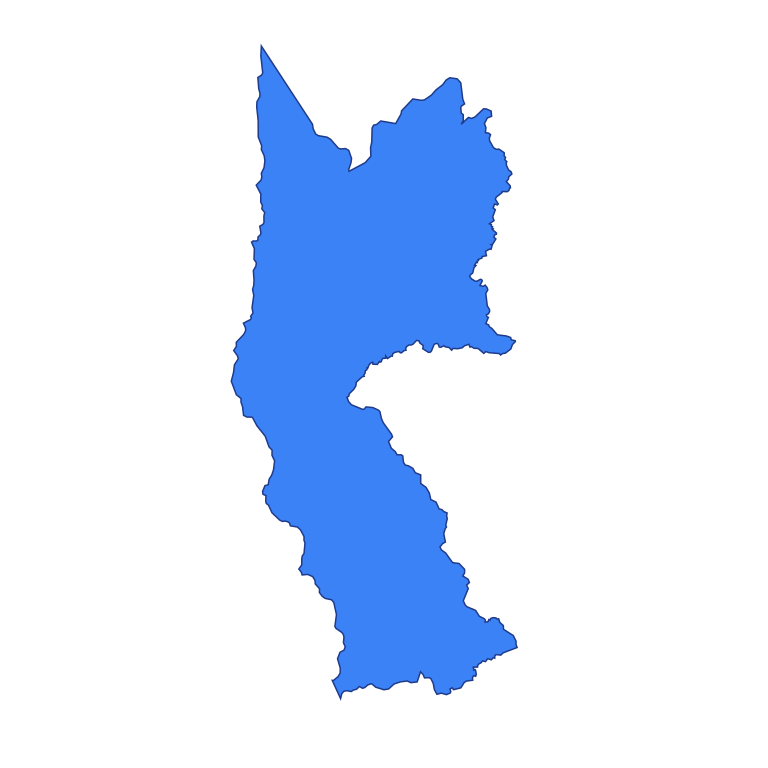 the district of Belmira, Antioquia, Colombia, rotated 8°
{"feature_id": "7082276B19513801384430", "entity_name": "Belmira", "entity_type": "district", "adm_level": 2, "iso_a3": "COL", "parent_name": "Colombia", "parent_adm1": "Antioquia", "projection": "albers", "projection_center": [-75.634, 6.646], "detail": "fine", "context": "isolated", "style": "filled", "palette": "blue", "viewbox_px": 768, "rotation_deg": 8, "n_neighbors": 0, "source": "geoboundaries", "source_scale": "gbopen_adm2", "svg_char_len": 6147}
<svg xmlns="http://www.w3.org/2000/svg" viewBox="0 0 768 768"><g transform="rotate(8 384 384)"><path d="M374.0,684.7L384.8,701.6L385.3,696.6L386.9,694.0L389.8,692.9L394.4,693.1L396.3,691.3L399.3,690.1L401.7,687.0L405.1,688.3L407.3,687.2L409.9,684.2L413.4,682.5L418.0,685.4L426.5,686.8L431.1,685.3L435.7,679.7L441.7,676.7L448.3,674.9L452.3,676.0L458.3,674.4L460.2,663.9L463.2,666.3L465.0,669.4L469.5,668.5L471.5,669.3L474.4,673.6L476.4,679.6L479.6,683.9L483.7,682.2L489.2,682.9L492.7,680.7L492.9,679.3L491.8,676.8L492.4,676.3L494.0,675.3L495.2,677.0L496.0,676.8L502.4,674.2L504.9,668.6L506.9,666.7L513.1,665.0L512.5,662.5L513.1,660.9L513.5,660.3L515.4,660.7L515.8,658.7L514.5,654.6L513.9,654.1L512.9,654.9L511.8,652.0L516.0,651.3L516.2,648.6L519.1,646.4L520.0,644.5L523.1,644.8L525.0,641.6L528.7,642.2L530.3,639.7L531.8,640.1L531.6,637.5L532.8,636.4L537.4,636.2L539.3,633.7L552.5,626.4L551.1,623.9L550.5,620.2L547.0,615.1L536.5,610.3L535.8,606.6L531.9,604.0L530.2,600.5L528.9,601.1L527.4,600.1L524.5,600.2L522.3,601.3L521.8,603.1L520.7,602.6L519.9,605.1L517.2,605.7L517.2,603.6L516.0,602.5L510.7,600.7L506.2,595.4L497.3,593.1L495.2,591.6L492.7,587.6L495.9,574.9L493.8,571.7L496.2,568.7L494.5,565.7L488.8,563.1L490.1,559.9L489.6,556.3L483.3,551.3L477.4,551.4L476.1,550.7L468.6,542.8L463.9,540.3L462.1,537.5L464.4,533.7L466.8,532.0L464.0,523.9L464.8,518.7L465.8,516.8L464.8,515.3L465.4,508.5L464.4,506.0L464.4,502.9L461.0,502.0L458.8,500.3L456.0,500.1L452.0,493.7L446.4,491.9L444.1,485.7L440.0,480.5L434.2,477.4L433.0,468.9L427.3,467.5L424.3,463.5L419.5,461.6L416.3,461.3L414.2,458.9L412.6,452.6L410.9,451.7L406.8,452.3L404.6,449.4L400.2,446.6L396.5,440.3L399.8,435.1L398.4,432.6L388.6,422.4L386.2,418.4L383.8,411.9L382.1,410.6L376.2,408.9L369.4,409.2L367.7,411.8L366.5,412.1L354.6,409.1L351.4,406.3L349.2,402.3L350.8,401.0L351.0,398.4L354.8,393.5L356.4,389.8L356.4,386.0L361.4,379.9L363.3,379.1L362.7,378.4L363.8,375.6L363.6,373.5L365.1,372.2L365.0,370.3L365.7,370.5L366.6,367.0L368.5,364.6L369.8,364.0L370.2,365.9L374.8,365.5L376.3,362.3L377.1,362.9L378.1,362.4L378.9,359.0L382.1,358.2L381.8,356.0L383.9,358.3L387.3,355.3L388.4,355.2L388.4,352.8L390.4,351.1L394.3,349.7L395.8,350.8L397.1,350.6L399.0,348.3L401.1,347.5L400.5,345.4L401.4,343.6L403.4,341.8L405.6,341.6L407.4,340.3L410.2,336.3L412.8,336.4L413.5,338.2L417.5,340.5L417.5,343.7L423.7,346.5L425.5,346.0L426.4,344.7L428.2,337.6L430.7,336.4L432.1,337.0L433.6,339.7L435.2,339.7L438.1,337.7L439.4,338.7L443.3,338.8L446.3,341.1L447.3,339.2L452.2,338.8L456.5,337.2L458.4,334.9L462.5,332.9L464.0,335.5L465.1,334.8L468.3,336.1L472.2,335.7L478.6,339.8L480.3,337.7L483.8,338.4L493.9,337.8L495.4,339.1L497.2,337.3L499.9,336.6L504.7,331.7L505.7,327.1L508.2,323.7L507.9,322.8L504.0,322.6L502.9,320.3L498.3,319.4L489.4,319.5L483.1,314.0L480.3,312.6L479.4,310.9L476.4,310.0L478.1,303.5L476.4,302.9L475.8,301.2L477.7,299.9L478.5,297.5L478.1,295.6L475.4,292.2L472.2,280.1L473.7,276.3L472.6,274.1L470.4,272.0L468.8,273.5L465.3,273.1L467.0,268.3L466.2,267.1L464.9,266.9L461.5,269.4L459.9,269.4L455.9,267.7L453.9,265.6L454.2,264.1L456.4,261.7L456.9,256.4L458.5,253.9L457.1,253.8L458.5,250.8L459.5,250.7L459.0,249.7L460.4,248.5L459.9,247.6L463.4,245.7L463.4,244.2L467.6,242.7L466.1,238.5L469.9,235.6L471.3,235.7L471.8,231.7L471.0,231.2L471.8,231.2L474.6,224.8L472.3,223.3L472.9,220.8L474.4,220.1L474.4,218.9L469.7,215.8L470.5,215.1L469.2,214.5L469.7,213.3L468.2,212.6L468.2,211.3L466.1,210.7L470.2,206.9L468.4,203.4L470.0,195.9L467.6,194.5L468.4,190.4L471.3,190.9L472.1,189.8L468.6,185.6L469.1,183.4L474.3,178.0L474.3,176.9L479.3,176.4L480.8,174.9L481.1,172.4L481.9,172.2L481.4,170.2L477.0,166.6L478.7,163.9L478.7,161.5L481.4,158.2L480.4,156.2L477.5,154.6L475.0,150.7L474.2,148.2L474.7,146.8L472.4,145.0L472.8,142.7L471.3,141.5L470.8,138.2L465.1,135.4L462.4,136.0L459.5,134.7L454.7,128.4L454.1,125.9L454.8,122.2L452.7,121.0L449.5,121.0L449.2,115.8L447.2,112.1L449.3,106.2L453.3,103.9L452.1,98.8L447.2,97.4L444.3,97.6L437.0,106.8L433.9,108.8L430.5,108.3L424.3,116.1L425.9,112.2L425.0,106.3L422.7,104.8L421.6,99.5L421.8,98.2L424.8,95.4L422.4,91.1L418.1,75.1L414.0,71.6L406.5,71.6L403.3,74.3L400.5,79.4L394.4,85.7L390.7,91.4L384.4,97.1L381.2,97.9L372.9,97.7L363.4,111.0L363.3,114.3L359.3,124.5L344.2,124.0L340.5,128.1L337.7,129.1L336.6,132.1L338.2,146.1L337.8,151.9L339.3,160.3L334.6,167.4L319.8,178.2L319.2,176.4L320.5,169.7L320.5,165.2L316.6,157.6L313.2,156.2L308.8,157.2L306.0,156.9L297.2,149.2L293.3,147.5L284.3,147.2L281.5,145.9L278.4,141.2L277.0,136.7L215.5,66.4L216.4,76.3L220.6,92.8L219.9,95.0L216.4,98.0L218.8,108.8L220.8,113.7L221.0,116.7L218.9,122.2L219.4,127.4L222.7,140.5L225.1,156.9L229.7,165.1L229.9,168.8L233.6,174.7L235.0,179.6L235.1,186.4L233.2,192.6L234.2,195.8L233.9,199.1L229.8,204.9L235.6,213.1L236.6,221.0L238.8,224.3L238.6,227.5L242.0,230.8L241.7,234.4L242.7,240.9L241.8,242.9L239.0,245.0L241.1,251.6L240.8,253.5L238.8,255.9L239.0,259.2L238.0,260.1L234.4,260.6L233.1,262.0L236.8,268.0L237.9,278.6L240.7,281.7L240.7,285.2L238.8,289.9L240.8,299.1L241.3,304.3L240.7,308.7L242.7,314.3L242.7,326.8L244.4,331.9L242.5,335.5L243.4,337.1L242.9,338.7L236.3,343.3L239.0,347.6L239.6,350.3L238.2,354.4L231.9,363.3L232.6,367.3L230.5,371.8L235.0,376.5L236.2,379.3L233.2,385.8L233.4,393.5L232.4,402.5L239.3,415.2L244.4,418.2L244.9,421.8L247.1,426.2L249.3,434.6L252.8,435.8L257.9,435.2L258.9,436.1L264.1,443.2L273.6,452.2L278.9,462.3L282.4,465.1L283.0,470.2L286.4,475.4L286.5,484.6L285.5,489.8L283.5,494.3L283.3,500.0L280.3,501.1L278.7,507.3L279.6,510.1L282.6,510.9L283.3,517.0L284.1,518.7L286.4,520.0L291.0,527.1L299.5,533.2L302.4,534.2L305.3,533.5L308.0,533.9L309.9,534.9L311.0,537.5L318.2,537.7L321.6,540.1L326.0,546.1L326.5,549.8L327.9,552.6L328.4,563.0L327.0,565.6L326.9,568.4L327.7,574.5L325.4,579.1L328.3,581.9L329.5,584.5L334.9,583.2L340.1,584.6L343.0,588.1L343.8,591.6L348.7,595.8L349.0,599.4L352.2,602.7L355.5,604.5L362.1,605.0L364.7,607.4L369.0,618.9L369.1,631.0L370.6,632.8L376.8,635.9L378.6,637.7L379.6,640.3L379.8,645.8L382.2,649.6L381.4,653.2L377.8,655.7L376.2,662.5L380.2,671.4L380.8,676.3L379.3,680.1L375.1,684.7L374.0,684.7Z" fill="#3b82f6" stroke="#1e3a8a" stroke-width="1.5"/></g></svg>